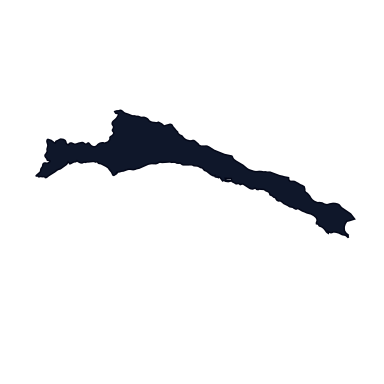 an SVG outline of West Coast, rotated 238°
{"feature_id": "NZL-3406", "entity_name": "West Coast", "entity_type": "Regional Council", "adm_level": 1, "iso_a3": "NZL", "parent_name": "New Zealand", "parent_adm1": "", "projection": "natural_earth1", "projection_center": [171.032, -42.634], "detail": "fine", "context": "isolated", "style": "filled", "palette": "ink", "viewbox_px": 384, "rotation_deg": 238, "n_neighbors": 0, "source": "natural_earth", "source_scale": "10m", "svg_char_len": 6061}
<svg xmlns="http://www.w3.org/2000/svg" viewBox="0 0 384 384"><g transform="rotate(238 192 192)"><path d="M72.7,301.7L72.2,301.1L70.9,300.7L70.9,300.2L73.3,299.5L74.3,298.9L76.2,296.8L79.5,294.8L81.5,293.0L83.2,290.9L83.5,289.0L83.9,288.2L85.0,287.2L85.6,286.9L86.2,286.6L85.9,286.5L84.8,285.7L85.8,285.2L86.8,284.9L90.1,284.7L92.0,284.3L93.8,283.5L94.8,282.8L95.3,282.3L96.1,281.9L97.4,282.1L97.9,281.9L99.1,280.7L100.0,281.2L100.9,282.4L102.0,283.4L104.5,283.8L107.4,282.9L110.3,281.3L113.4,278.4L115.8,276.8L116.9,275.9L117.8,275.3L121.1,273.6L121.9,272.9L122.2,272.3L122.2,271.7L122.4,271.1L122.8,270.8L124.2,269.9L124.8,269.8L125.7,269.3L127.7,267.1L128.7,266.6L129.7,266.2L133.5,263.8L136.1,263.0L137.6,262.3L138.2,261.4L138.4,260.8L139.0,260.3L139.6,259.9L140.1,259.7L141.5,259.6L142.5,259.8L142.9,259.7L143.5,259.3L144.3,258.6L146.4,258.0L148.2,256.7L150.3,257.2L151.5,257.0L154.2,255.1L155.3,254.8L156.1,254.3L157.9,251.8L158.6,250.9L158.9,250.2L159.0,249.3L160.0,248.2L161.4,248.0L162.0,247.3L162.1,246.4L162.4,245.0L163.5,243.7L164.6,242.9L171.6,239.6L172.3,238.6L172.7,236.8L173.9,236.5L174.7,235.8L175.5,233.8L176.1,233.4L177.3,232.9L178.7,232.0L179.4,231.6L180.2,231.5L180.8,231.7L182.0,232.3L182.6,232.5L186.0,227.4L184.3,227.1L183.0,228.5L181.8,230.2L180.6,231.1L181.6,228.2L183.3,226.2L184.7,225.3L185.2,224.3L185.2,223.8L189.1,223.5L190.3,223.0L190.7,222.6L190.2,222.0L191.2,221.3L191.9,220.3L192.7,219.7L193.9,220.2L194.0,219.1L194.6,218.8L194.9,218.3L197.1,217.1L201.8,215.5L203.8,214.0L206.9,213.6L208.0,212.4L208.6,212.0L210.5,211.0L211.4,210.1L213.3,207.5L214.3,207.0L215.2,206.2L219.7,198.9L220.4,198.3L222.0,197.7L222.9,197.1L223.3,196.2L224.1,195.0L224.6,194.4L226.0,193.6L226.9,192.4L228.2,190.1L229.1,189.5L232.9,182.3L234.0,181.1L234.6,180.1L234.7,178.0L235.1,176.4L237.6,172.7L238.8,169.7L240.2,159.9L241.1,157.4L241.4,155.9L241.9,154.3L242.2,153.8L244.0,151.7L244.8,150.5L245.3,149.0L246.2,144.8L246.9,143.5L247.5,141.3L248.6,138.7L248.2,138.0L247.8,138.5L247.6,138.0L247.5,137.6L247.5,134.5L248.3,133.9L251.5,134.3L255.2,133.8L256.5,133.9L259.2,132.8L264.2,129.8L265.5,128.3L266.0,127.9L266.8,127.8L267.5,127.9L268.0,127.7L268.4,126.2L269.9,125.0L270.6,123.8L272.6,119.7L272.9,119.3L273.1,119.3L273.3,119.0L273.4,117.6L273.5,117.5L273.9,117.2L274.3,116.6L274.6,115.9L274.8,115.2L274.8,114.4L275.4,113.4L276.8,112.3L278.4,111.4L279.5,111.0L279.3,110.4L279.3,109.7L279.4,109.1L280.1,107.8L280.2,107.0L280.3,105.5L280.4,103.9L280.7,103.3L281.2,103.5L282.6,102.8L283.2,102.8L282.2,100.9L281.9,100.1L281.4,92.7L281.6,91.9L282.0,90.4L282.1,89.7L281.8,86.3L281.8,79.0L281.5,76.9L281.6,75.7L282.0,75.2L282.7,75.2L283.2,75.0L283.5,74.6L284.2,73.3L285.5,71.7L285.7,71.3L285.8,70.6L285.9,70.3L286.3,69.9L287.0,69.9L287.3,69.8L287.9,68.6L288.3,68.4L288.6,69.1L289.3,73.5L289.8,74.5L291.5,76.0L292.0,76.8L292.4,78.0L292.9,78.8L293.5,79.4L294.2,80.0L294.8,80.8L294.9,81.6L294.7,82.4L294.1,83.3L293.7,83.6L293.2,84.4L292.8,85.5L293.0,87.5L293.5,88.0L294.2,87.9L295.2,86.5L295.6,86.2L296.1,86.2L296.7,86.4L297.2,86.6L298.8,86.3L299.9,86.3L300.6,86.5L301.3,87.1L301.6,87.8L301.8,88.6L302.1,89.1L302.5,89.7L302.9,90.5L303.4,90.9L303.9,91.2L304.5,91.4L305.2,91.8L307.4,94.1L308.1,94.6L308.9,94.9L311.5,95.6L312.5,96.3L312.9,96.8L313.1,97.3L312.9,97.8L310.4,99.9L306.7,101.3L306.1,101.8L306.1,102.3L306.9,103.2L307.1,103.6L307.0,104.3L306.8,105.0L306.7,106.2L306.7,107.3L306.5,108.6L305.8,109.5L304.8,110.7L303.8,111.3L302.9,111.7L301.9,111.7L299.9,111.1L299.3,111.2L298.6,111.4L297.7,111.9L297.5,112.2L297.6,112.7L298.1,113.5L298.1,114.2L297.9,115.0L297.4,115.8L294.9,117.5L294.4,118.2L294.0,119.2L293.4,121.9L292.8,123.5L292.2,125.1L291.5,125.8L290.6,126.2L289.4,126.7L288.7,127.4L288.5,128.2L288.7,129.1L288.6,130.0L288.0,130.4L285.4,130.8L284.4,131.1L283.6,131.6L282.5,132.5L282.0,133.2L281.8,133.9L281.6,135.0L281.7,136.0L281.9,136.6L282.1,137.2L282.2,138.4L282.1,140.0L281.4,141.8L280.9,142.7L279.7,143.7L279.0,147.0L279.1,147.8L279.4,148.7L279.9,150.0L280.4,150.6L281.6,151.2L282.0,151.7L282.1,152.6L282.1,153.5L282.2,154.8L282.6,155.8L283.1,156.7L283.7,157.1L284.4,157.2L285.9,157.0L286.7,157.3L287.1,157.9L287.5,158.7L287.8,159.2L288.0,159.4L289.2,160.2L289.8,160.3L291.1,160.2L291.9,160.3L292.8,160.9L293.4,161.7L293.8,162.8L294.2,165.6L294.6,167.2L295.7,169.5L296.5,170.4L297.2,170.9L297.7,170.8L298.1,170.5L298.9,169.3L299.2,169.1L300.2,169.0L301.2,169.1L300.9,170.4L300.7,171.1L300.3,171.8L299.6,173.1L299.5,173.9L299.2,174.7L298.5,175.3L297.1,175.9L296.1,176.1L294.6,176.7L291.9,179.0L288.6,181.4L287.8,182.2L287.3,183.2L286.8,183.8L285.7,184.8L285.1,185.8L284.6,186.5L282.2,188.3L280.8,190.9L279.2,192.2L277.9,192.9L276.9,193.2L275.4,193.3L274.6,193.5L273.0,194.5L272.0,195.4L270.7,197.1L269.5,198.5L269.2,199.3L269.0,200.5L265.8,202.4L263.0,203.2L262.7,203.5L262.5,204.2L262.1,205.9L261.5,207.7L261.3,208.6L261.0,209.4L260.4,210.0L259.6,210.5L257.0,210.4L255.1,210.8L252.8,211.0L250.5,211.6L250.2,211.5L249.8,211.3L249.3,211.2L248.7,211.2L246.7,211.9L245.6,212.7L244.8,213.2L243.8,213.3L242.1,213.5L239.9,214.3L238.7,215.1L236.5,217.2L235.8,218.4L235.2,220.2L234.6,220.9L233.6,221.4L229.4,222.7L228.3,222.6L226.2,223.8L223.0,229.0L221.0,230.3L215.7,232.8L206.5,239.5L201.4,244.8L200.0,244.8L199.1,244.5L197.3,244.7L194.8,245.7L187.7,249.4L182.5,251.1L180.8,252.0L176.7,255.4L175.4,256.9L174.6,258.3L173.8,260.0L172.5,261.8L171.1,263.3L170.1,265.1L168.9,266.3L167.5,268.7L159.4,274.9L157.6,276.8L155.8,278.4L153.0,281.5L151.4,280.6L150.5,280.6L149.2,280.8L148.3,282.0L147.5,283.4L146.5,284.6L145.0,285.4L143.0,286.6L140.8,287.6L139.1,288.9L137.1,289.9L135.3,289.4L134.0,288.8L133.1,288.1L131.6,288.2L129.6,289.1L126.3,289.6L123.7,289.5L121.5,289.8L119.1,290.8L116.6,292.6L116.1,293.3L115.5,294.5L113.7,296.6L111.9,297.6L110.7,298.6L109.7,299.7L109.2,301.1L108.9,302.4L107.6,305.6L106.4,307.3L104.5,309.2L103.0,310.0L99.6,310.4L89.4,314.9L82.9,315.6L84.3,310.3L84.7,309.1L85.2,307.6L84.5,306.4L83.9,305.1L82.8,303.7L81.8,302.6L80.0,301.5L78.2,300.7L75.5,300.8L72.7,301.7Z" fill="#0f172a" stroke="#020617" stroke-width="1.5"/></g></svg>